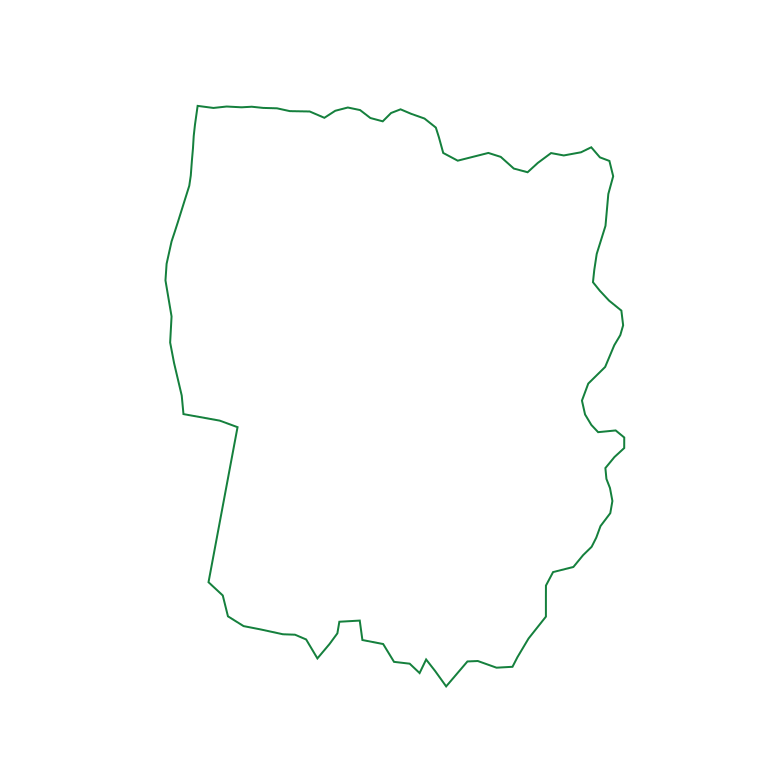 Frei Miguelinho, Pernambuco, Brazil (orthographic projection), rotated 285°
{"feature_id": "56859067B30384170983648", "entity_name": "Frei Miguelinho", "entity_type": "district", "adm_level": 2, "iso_a3": "BRA", "parent_name": "Brazil", "parent_adm1": "Pernambuco", "projection": "orthographic", "projection_center": [-35.879, -7.933], "detail": "fine", "context": "isolated", "style": "outline", "palette": "green", "viewbox_px": 768, "rotation_deg": 285, "n_neighbors": 0, "source": "geoboundaries", "source_scale": "gbopen_adm2", "svg_char_len": 1570}
<svg xmlns="http://www.w3.org/2000/svg" viewBox="0 0 768 768"><g transform="rotate(285 384 384)"><path d="M290.5,628.8L302.8,629.9L317.8,636.0L330.1,634.9L342.0,629.2L349.9,623.4L360.1,619.6L373.1,625.5L384.3,632.6L394.5,629.9L399.1,619.8L392.9,603.3L398.1,594.9L406.6,586.1L419.2,579.5L437.3,581.2L457.7,593.2L481.1,596.4L492.4,599.6L502.6,599.8L516.3,594.3L522.8,579.8L529.9,568.4L536.4,559.5L548.5,557.6L564.7,555.8L594.1,557.0L625.6,551.5L644.0,551.6L657.8,544.0L658.8,533.9L666.3,522.9L658.8,514.3L651.3,498.5L650.3,485.6L637.3,475.3L625.7,467.9L625.7,453.6L633.6,438.0L634.2,425.0L618.8,397.4L622.5,381.4L636.5,373.2L645.1,367.7L650.9,354.4L652.0,340.3L653.6,328.9L647.6,320.7L637.4,314.8L637.4,302.0L642.4,290.0L641.7,277.5L635.3,266.2L625.7,257.5L628.0,241.7L623.2,222.4L622.6,209.3L619.4,195.8L617.6,184.5L614.4,174.8L611.3,160.2L606.5,147.8L604.4,132.0L585.6,134.3L574.4,136.0L562.1,138.5L550.2,140.6L535.4,143.4L525.1,144.6L501.6,143.6L487.0,143.0L477.0,142.5L466.7,141.9L443.8,142.9L427.5,146.1L394.3,161.3L368.7,166.7L349.9,175.8L320.5,191.6L303.0,198.1L306.1,234.8L304.4,253.7L147.1,265.8L138.0,283.0L119.2,293.4L113.8,311.0L115.0,328.3L116.1,351.1L118.8,362.9L117.1,374.9L101.7,390.7L118.8,398.7L131.1,403.5L142.8,402.4L149.2,421.8L131.1,429.4L132.6,450.5L118.2,465.6L120.5,481.2L114.0,493.2L128.8,496.0L119.9,507.8L108.0,522.3L137.6,536.4L140.7,546.3L139.1,566.1L144.1,581.3L154.7,583.6L175.6,589.5L201.2,600.6L220.6,595.4L231.2,592.6L246.1,596.0L256.3,614.3L270.2,620.6L280.5,626.7L290.5,628.8Z" fill="none" stroke="#15803d" stroke-width="2"/></g></svg>